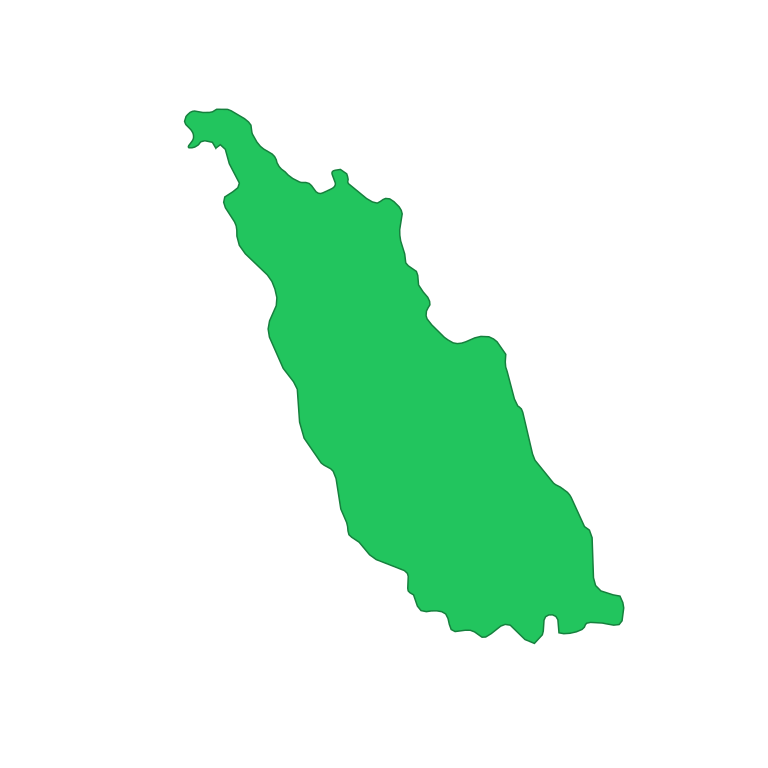 outline of Talas, rotated 233°
{"feature_id": "KGZ-1121", "entity_name": "Talas", "entity_type": "Region", "adm_level": 1, "iso_a3": "KGZ", "parent_name": "Kyrgyzstan", "parent_adm1": "", "projection": "equal_earth", "projection_center": [72.41, 42.447], "detail": "fine", "context": "isolated", "style": "filled", "palette": "green", "viewbox_px": 768, "rotation_deg": 233, "n_neighbors": 0, "source": "natural_earth", "source_scale": "10m", "svg_char_len": 3034}
<svg xmlns="http://www.w3.org/2000/svg" viewBox="0 0 768 768"><g transform="rotate(233 384 384)"><path d="M666.9,398.5L673.6,397.3L673.6,391.8L673.5,391.6L680.3,392.4L686.1,387.3L687.6,383.7L687.5,382.4L687.0,381.0L686.7,379.3L687.1,375.5L688.2,372.8L690.0,370.4L691.1,370.4L691.9,371.5L693.4,376.8L694.0,378.3L694.8,379.5L695.8,380.5L697.1,381.4L698.9,382.3L701.1,382.7L703.4,382.8L710.1,381.9L711.2,382.0L713.8,382.8L716.8,386.9L717.3,389.2L717.6,392.7L717.0,395.2L716.0,397.0L709.8,402.8L705.9,408.1L704.6,410.8L704.1,415.7L697.4,424.4L694.1,426.4L679.8,432.3L674.8,433.5L670.8,433.5L664.4,429.9L662.7,429.3L653.7,428.1L648.2,428.3L644.1,429.3L634.9,433.1L631.4,433.5L627.9,432.9L625.1,431.7L620.8,431.1L617.4,431.4L612.9,432.7L608.5,433.2L603.0,434.8L596.4,438.0L595.5,438.6L594.5,439.5L591.9,442.9L589.2,444.9L586.1,445.5L578.4,445.4L575.8,446.4L574.2,448.1L573.4,450.4L571.5,459.5L571.3,461.2L571.5,463.3L572.3,464.9L573.8,466.1L582.5,468.7L583.5,469.2L584.3,469.9L584.7,470.8L584.7,471.9L584.1,473.6L581.6,478.3L574.3,480.7L571.9,479.9L569.0,478.5L567.1,476.5L565.3,476.2L542.6,481.7L536.4,484.3L532.5,487.5L532.0,490.9L531.9,494.3L531.2,497.0L528.4,500.0L523.6,501.7L516.3,502.7L512.3,502.3L508.9,500.9L497.8,489.4L493.2,486.1L488.2,483.4L475.4,478.8L467.7,474.3L463.9,474.5L454.4,477.6L450.4,476.3L442.3,471.2L434.1,470.7L426.8,471.1L422.6,470.2L419.6,468.3L418.4,465.2L416.7,461.8L413.2,458.7L410.1,457.6L402.6,457.7L384.9,460.3L380.7,461.6L375.2,464.0L372.1,466.9L369.9,470.6L368.5,474.7L366.2,484.3L363.7,490.0L358.6,496.2L354.0,498.6L349.7,499.7L334.4,499.1L328.6,494.1L324.3,491.4L319.9,489.9L293.5,479.1L285.9,477.6L284.2,478.2L281.4,478.7L277.9,477.8L238.7,460.5L232.3,458.7L202.9,459.7L200.4,460.4L195.5,462.8L187.1,465.3L183.7,465.5L180.8,465.2L149.5,458.3L143.7,460.1L136.0,457.7L103.2,434.7L95.7,431.7L88.2,432.7L77.7,440.1L72.6,444.8L65.7,443.2L60.9,440.7L51.6,431.6L50.4,427.0L53.2,422.3L58.9,417.0L61.7,414.5L69.3,405.5L71.0,401.9L70.5,399.8L69.2,397.7L68.8,394.4L70.3,388.5L73.0,382.5L76.4,377.3L80.0,374.0L91.1,381.0L94.9,381.4L98.2,379.7L100.4,376.6L100.9,373.0L99.0,369.5L98.9,369.5L90.8,362.5L88.4,359.5L86.3,348.0L95.1,342.8L115.4,339.7L119.1,336.1L120.4,331.5L120.1,319.5L120.7,313.0L122.8,309.9L131.6,307.1L135.4,304.7L138.4,300.8L143.5,291.8L147.5,289.9L152.7,291.5L158.2,294.0L163.2,294.9L167.4,293.1L171.0,289.7L174.2,285.4L176.7,280.8L180.8,277.2L186.5,277.0L197.8,280.7L201.7,279.1L204.2,278.8L206.5,280.0L215.8,287.6L218.7,288.7L222.7,288.0L248.5,272.1L256.3,269.7L272.7,268.9L280.9,266.0L284.7,265.3L288.3,266.8L292.0,269.1L295.8,270.8L310.2,274.3L337.3,288.8L344.9,290.9L348.4,290.4L355.2,287.3L358.7,286.3L388.8,287.6L404.3,293.6L432.0,311.6L440.2,313.1L457.1,312.9L490.4,320.7L497.7,324.6L503.3,330.6L511.4,345.1L517.4,350.4L525.4,354.0L533.3,356.2L541.3,356.5L571.4,351.6L581.8,351.9L590.6,355.5L595.4,359.0L599.2,361.1L603.4,362.2L620.2,363.4L625.6,365.3L629.2,369.4L628.5,378.8L628.7,385.4L631.5,389.4L653.0,393.0L666.9,398.5Z" fill="#22c55e" stroke="#15803d" stroke-width="1.5"/></g></svg>